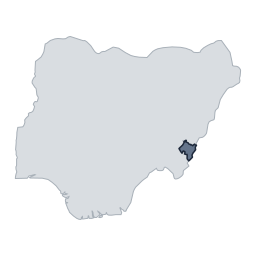 location of Toungo, Adamawa, Nigeria
{"feature_id": "59680162B46313771844948", "entity_name": "Toungo", "entity_type": "district", "adm_level": 2, "iso_a3": "NGA", "parent_name": "Nigeria", "parent_adm1": "Adamawa", "projection": "albers", "projection_center": [11.775, 7.93], "detail": "fine", "context": "in_parent", "style": "filled", "palette": "slate", "viewbox_px": 256, "rotation_deg": 0, "n_neighbors": 0, "source": "geoboundaries", "source_scale": "gbopen_adm2", "svg_char_len": 5926}
<svg xmlns="http://www.w3.org/2000/svg" viewBox="0 0 256 256"><path d="M221.4,40.5L230.0,52.4L231.9,61.2L232.6,65.6L234.0,66.1L236.7,66.3L238.6,67.2L239.8,68.6L240.5,69.9L240.6,70.7L240.1,76.1L239.5,78.0L239.9,80.6L239.7,81.7L239.5,82.5L238.3,83.4L236.7,84.2L232.8,86.8L231.7,87.2L230.1,87.3L228.7,87.9L227.0,89.3L223.4,94.4L220.3,99.5L218.1,107.8L215.4,110.4L214.9,112.6L214.5,117.8L214.1,119.4L213.7,119.8L210.7,120.8L209.0,122.0L208.0,124.3L206.7,132.3L206.3,133.6L205.3,135.0L203.8,136.5L202.5,137.3L199.2,137.9L196.0,143.8L195.9,144.9L194.5,150.3L192.0,154.4L191.9,157.1L188.8,160.7L187.2,163.1L188.8,165.7L188.9,166.1L183.6,170.4L183.3,171.1L183.1,174.1L182.6,174.9L181.7,176.0L180.2,177.2L178.8,178.1L177.1,178.8L175.5,179.0L174.6,178.6L174.1,177.7L173.2,174.1L172.8,173.3L171.8,172.5L167.7,168.5L165.2,167.1L164.7,167.2L164.2,167.6L163.5,169.6L162.8,170.3L161.5,170.6L159.2,170.6L157.6,170.3L157.2,169.9L156.4,168.3L151.3,172.0L149.5,172.8L147.2,177.1L144.0,179.3L141.8,181.1L135.8,187.0L134.6,188.8L133.4,191.4L130.8,202.5L126.6,209.4L126.0,210.9L125.8,210.8L125.2,211.4L123.7,211.0L122.9,209.7L122.0,209.5L120.3,207.6L119.9,207.9L121.7,212.7L121.0,214.6L116.0,214.6L111.6,215.2L108.6,215.1L107.1,214.4L106.5,212.6L106.2,212.8L106.1,213.7L105.1,214.5L101.8,214.6L100.3,213.3L99.1,212.0L97.9,211.3L98.1,211.9L99.5,213.3L99.3,215.2L96.6,217.4L94.9,217.5L93.8,216.5L93.3,214.9L93.0,212.6L92.4,211.1L92.0,211.1L92.4,213.6L92.4,216.0L93.7,217.8L91.7,218.4L89.3,218.4L89.0,217.7L88.8,216.2L88.3,215.8L87.8,218.3L83.0,219.0L82.3,218.9L82.1,218.4L82.5,217.7L82.5,216.5L81.4,217.4L81.2,219.2L80.6,219.5L78.7,219.2L76.7,218.3L73.5,216.0L69.5,212.3L68.9,210.6L67.8,208.6L65.7,203.0L66.1,202.8L67.1,203.1L67.5,202.6L65.9,202.2L65.5,201.8L65.4,200.5L65.5,199.1L68.1,198.3L68.7,197.4L69.0,196.5L65.9,197.8L63.0,196.2L62.4,195.3L62.7,194.6L66.1,194.5L67.3,193.9L66.6,193.6L65.3,193.6L64.8,193.1L64.9,192.0L64.4,192.2L63.9,193.2L61.9,193.9L60.8,193.2L60.7,191.5L60.4,190.8L59.5,190.2L56.1,185.8L51.8,182.1L48.1,179.5L42.3,178.2L30.2,178.0L29.5,177.6L30.2,177.1L31.3,176.7L35.3,174.8L34.6,174.5L30.5,175.7L29.1,175.8L27.3,178.2L15.4,178.5L15.4,177.3L16.0,174.1L16.8,172.0L16.0,169.2L15.9,166.8L16.4,166.1L16.6,165.2L16.6,158.9L17.3,158.0L17.3,157.4L16.1,154.7L16.2,152.6L16.0,150.7L15.6,149.8L16.2,142.2L16.1,140.3L16.5,138.9L16.8,135.7L16.9,132.4L17.8,127.4L22.9,126.8L24.1,124.9L24.9,122.4L24.7,119.9L26.4,117.7L28.5,115.8L28.4,113.7L29.0,113.1L29.9,112.6L31.3,112.4L32.8,111.3L33.7,109.5L34.6,106.5L33.3,104.5L33.4,104.0L33.9,102.9L34.7,101.8L35.3,101.5L36.8,101.8L37.3,101.3L38.3,98.1L38.2,97.2L36.9,95.0L36.2,89.1L35.9,88.3L34.8,87.2L32.1,83.0L32.2,81.0L33.4,78.5L34.2,77.3L35.3,76.6L35.5,76.0L35.2,75.3L34.7,74.8L34.6,73.6L35.2,72.1L35.0,70.3L35.5,61.4L37.8,59.7L41.2,56.9L42.9,53.9L43.9,51.6L45.2,44.0L46.9,43.2L50.3,40.5L54.9,38.9L57.9,38.5L63.0,38.9L65.6,38.7L67.9,37.2L68.9,36.8L70.3,36.5L83.2,40.7L84.3,40.5L85.3,40.8L86.9,41.9L90.7,45.6L94.6,51.4L95.8,52.6L97.0,53.3L98.3,53.6L99.3,53.5L100.2,52.9L101.5,51.9L103.4,51.4L104.9,51.5L113.0,47.2L113.8,47.2L118.7,48.2L125.4,52.6L130.9,55.5L134.7,56.5L139.3,57.2L147.0,57.5L152.9,51.3L155.0,50.0L157.7,48.8L163.1,47.7L172.1,46.9L180.5,47.3L185.8,48.3L191.3,50.3L193.7,52.3L197.5,52.6L200.1,52.2L201.0,50.3L203.7,47.8L207.7,45.4L211.0,43.8L213.7,43.1L216.2,41.2L218.1,40.6L221.4,40.5ZM102.1,217.0L100.2,217.6L99.0,217.5L100.7,215.0L101.5,215.5L102.6,215.7L102.1,217.0Z" fill="#d9dde1" stroke="#a8b0b8" stroke-width="1"/><path d="M188.8,160.8L188.9,160.7L189.1,160.5L189.5,160.3L189.6,160.1L189.8,159.9L190.1,159.7L191.5,158.2L192.1,157.6L192.3,157.4L192.4,157.2L192.3,156.3L192.1,156.0L192.1,155.9L192.0,155.7L192.1,155.2L192.1,154.9L192.2,154.7L192.4,154.2L192.6,153.9L192.7,153.6L192.8,153.5L192.8,153.4L193.0,153.1L193.1,152.9L193.4,152.5L193.6,152.3L193.8,152.1L194.1,151.8L194.2,151.6L194.4,151.2L194.6,150.9L194.8,150.6L195.0,150.6L195.0,150.4L195.2,150.2L195.3,149.9L195.5,149.8L195.5,149.7L195.6,149.4L195.5,149.2L195.4,148.4L195.3,147.8L195.4,147.2L195.5,146.7L196.2,145.8L196.4,145.5L196.4,145.2L196.1,145.0L195.9,145.1L195.3,145.0L195.0,144.8L194.9,144.5L194.7,144.5L194.4,144.2L194.1,144.4L193.8,144.7L193.7,144.8L193.4,145.0L193.2,145.1L193.1,145.5L192.7,145.7L192.4,145.5L192.3,145.4L192.2,145.3L191.9,145.2L191.6,145.0L191.3,144.9L191.0,144.9L191.0,144.6L190.8,144.4L190.5,144.4L190.2,144.5L190.0,144.4L189.9,144.4L189.6,144.3L189.4,144.2L189.1,144.1L188.9,144.0L188.5,143.5L188.2,142.9L187.6,142.6L187.1,142.4L186.6,142.2L185.8,141.8L186.1,141.4L186.3,140.8L186.2,140.4L185.9,140.3L185.7,140.4L185.3,140.6L185.2,140.7L184.9,140.8L184.9,141.0L184.7,141.3L184.3,141.5L184.2,141.5L184.6,141.9L184.4,142.1L184.0,142.5L183.9,142.7L183.8,142.9L183.7,143.1L183.6,143.3L183.5,143.6L183.4,143.8L183.3,144.0L183.1,144.3L183.0,144.5L182.8,144.7L182.7,145.0L182.4,145.3L182.2,145.5L181.8,145.8L181.7,146.0L181.4,146.3L181.1,146.5L180.9,146.7L180.7,146.9L180.6,147.0L180.4,147.2L180.2,147.3L180.0,147.5L179.9,147.6L179.7,147.9L179.5,148.0L179.4,148.2L179.4,148.3L179.2,148.4L179.2,148.5L179.3,148.6L179.2,148.7L179.1,148.8L179.3,149.0L179.4,149.3L179.5,149.5L179.7,149.9L179.9,150.2L180.1,150.4L180.2,150.7L180.3,150.8L180.4,151.0L180.6,151.4L180.7,151.6L180.9,151.8L181.0,152.0L181.3,152.3L181.5,152.5L181.7,152.8L181.8,152.8L181.9,153.0L182.0,153.1L182.2,152.9L182.4,152.7L182.6,152.2L182.7,151.8L182.8,151.7L182.8,151.4L183.0,151.2L183.3,151.0L183.7,151.0L183.8,151.0L184.0,151.2L184.2,151.4L184.4,151.6L184.6,151.8L184.9,151.8L185.0,152.0L184.9,152.2L184.9,152.7L184.9,153.2L184.7,153.6L184.6,154.0L184.9,154.1L185.6,154.3L186.4,154.6L187.0,154.5L187.1,155.1L187.2,155.3L187.2,155.6L187.3,155.9L187.2,156.3L187.1,156.6L187.1,156.8L187.2,157.0L187.1,157.3L187.1,157.6L187.1,157.9L187.1,158.0L187.1,158.4L187.2,158.5L187.3,159.0L187.5,159.3L187.6,159.5L187.8,159.7L187.9,159.8L188.0,159.9L188.1,160.0L188.8,160.8Z" fill="#64748b" stroke="#1e293b" stroke-width="1.5"/></svg>